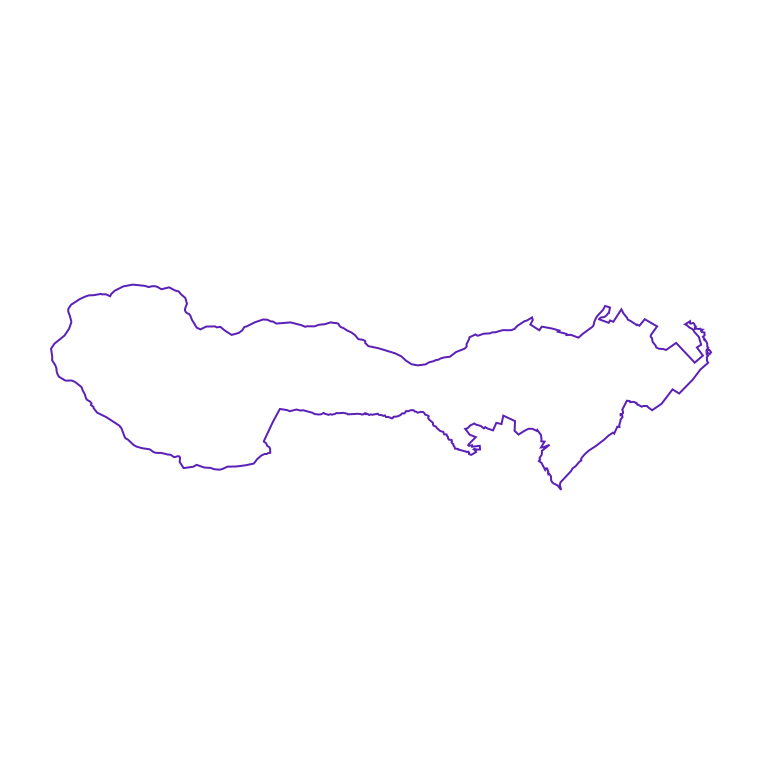 Rusii-Munti, Mures, Romania, rotated 175°
{"feature_id": "2599482B16309524986841", "entity_name": "Rusii-Munti", "entity_type": "district", "adm_level": 2, "iso_a3": "ROU", "parent_name": "Romania", "parent_adm1": "Mures", "projection": "robinson", "projection_center": [24.869, 46.914], "detail": "fine", "context": "isolated", "style": "outline", "palette": "violet", "viewbox_px": 768, "rotation_deg": 175, "n_neighbors": 0, "source": "geoboundaries", "source_scale": "gbopen_adm2", "svg_char_len": 6109}
<svg xmlns="http://www.w3.org/2000/svg" viewBox="0 0 768 768"><g transform="rotate(175 384 384)"><path d="M691.7,486.7L692.1,485.5L692.2,483.4L691.1,479.7L690.1,474.2L690.2,472.4L693.0,466.4L697.9,460.2L708.8,452.9L712.6,448.2L712.1,439.5L712.6,436.7L709.8,431.3L709.0,428.2L709.0,425.0L708.5,422.6L707.3,419.7L701.8,415.6L700.3,415.0L695.5,414.8L693.7,414.2L691.4,412.8L686.4,408.1L685.5,407.0L684.8,404.1L682.9,399.7L682.1,395.7L681.2,394.1L678.4,392.2L677.0,390.1L677.7,388.5L675.5,386.6L675.3,385.1L672.2,380.4L663.7,375.3L651.3,365.6L649.4,362.7L646.8,353.3L645.8,352.1L644.1,351.1L638.7,345.0L636.1,343.3L630.8,341.2L623.0,339.3L619.6,336.3L617.9,335.6L616.1,335.1L611.9,334.8L605.6,332.6L602.7,332.1L599.7,329.6L598.8,329.4L596.0,330.0L594.3,329.8L593.6,328.4L594.3,324.1L591.0,317.7L581.2,318.2L577.7,319.8L570.5,316.5L563.8,315.5L561.0,314.0L555.6,313.0L552.7,313.3L547.2,315.3L538.1,314.7L528.9,315.1L520.6,316.1L517.1,320.0L512.4,323.5L508.9,324.7L506.9,324.5L505.8,325.2L503.3,325.4L503.1,329.4L503.7,331.0L505.7,332.5L506.6,335.3L508.7,337.1L508.7,337.5L497.9,356.1L489.9,368.2L482.9,366.5L480.3,365.1L473.5,366.2L469.3,364.8L466.8,364.9L457.6,361.5L456.0,360.2L451.7,359.3L449.3,359.3L446.6,360.5L445.9,359.7L441.9,358.1L440.0,358.6L438.5,358.0L435.4,358.5L433.7,359.3L432.6,358.9L427.0,358.8L423.2,357.6L422.6,356.9L412.6,356.6L409.8,356.1L408.9,355.5L407.2,355.6L405.6,356.6L404.9,356.4L405.3,356.0L405.2,355.6L403.0,355.5L401.5,354.4L400.1,354.9L398.2,354.4L392.8,354.9L392.1,353.9L388.8,353.1L387.6,352.3L386.0,352.7L384.9,350.9L382.7,350.9L379.1,349.0L378.2,349.4L377.4,350.5L373.5,350.5L370.5,351.5L368.5,353.1L366.2,352.9L364.2,355.2L362.4,354.7L360.0,355.5L357.5,355.5L356.3,354.8L355.9,354.0L354.4,353.6L353.0,352.5L349.8,353.0L347.6,352.7L346.2,351.4L345.9,350.1L342.5,348.4L342.3,347.8L343.0,346.2L342.0,344.4L338.7,341.2L338.7,339.2L338.2,338.1L335.9,337.0L335.1,335.4L332.1,332.3L329.1,331.1L328.5,328.7L326.0,328.2L325.9,326.9L324.9,325.7L324.9,324.2L324.2,322.9L321.6,322.4L321.3,321.1L321.8,320.2L321.1,318.7L320.1,318.0L320.1,316.3L319.3,315.5L318.9,313.4L316.5,313.0L315.8,312.7L315.9,312.3L307.8,309.4L307.6,309.0L305.7,309.2L305.3,308.2L305.5,306.9L303.3,305.8L298.2,308.2L299.0,309.7L298.6,309.9L300.3,311.1L299.8,311.5L297.2,310.6L294.0,310.4L294.0,314.1L301.7,313.8L301.6,315.3L304.7,315.0L305.4,315.6L305.1,316.4L297.2,323.1L303.0,326.0L307.0,332.2L304.7,332.6L301.5,335.3L297.4,336.8L295.9,335.5L291.3,333.8L288.3,331.1L286.9,332.2L284.3,330.4L279.4,328.3L275.5,335.5L270.4,333.9L267.9,342.1L256.7,335.6L258.0,326.0L254.4,321.9L248.2,325.1L244.0,326.8L240.0,326.4L235.8,323.9L235.3,324.8L232.1,319.6L231.9,315.8L232.3,313.2L229.1,312.6L233.1,307.1L230.1,307.2L224.4,309.0L232.5,303.7L232.8,300.6L233.4,299.3L235.2,297.2L235.5,296.3L235.1,295.1L236.4,293.8L234.0,291.7L230.9,284.3L229.9,285.8L228.9,285.7L227.9,282.1L228.4,281.7L228.1,279.6L227.1,279.9L225.7,277.5L225.9,273.6L225.2,271.8L223.8,270.2L220.0,267.9L216.8,263.1L217.6,268.2L216.8,270.6L205.3,280.9L203.6,283.4L200.3,285.4L196.3,289.4L194.1,290.6L194.3,291.7L193.7,293.0L190.2,296.5L185.6,299.9L178.5,303.7L169.8,309.2L164.7,313.1L160.1,315.6L159.0,314.5L155.3,321.1L153.2,320.7L153.2,322.6L151.6,326.8L151.6,327.7L149.3,330.2L149.5,332.2L151.0,332.2L150.9,333.5L149.6,333.4L148.4,334.3L148.3,335.6L148.9,337.5L143.5,346.2L140.7,345.6L140.3,344.4L137.2,344.5L135.8,344.0L134.8,343.1L134.1,343.2L133.4,341.3L132.6,341.2L129.2,338.9L127.6,339.5L123.8,339.1L122.9,337.8L119.2,334.5L109.2,340.1L97.0,353.5L90.8,348.8L76.1,361.4L67.5,370.9L59.3,376.9L60.2,379.1L60.0,382.6L58.6,384.0L59.9,385.2L59.9,386.8L59.0,386.9L56.8,385.5L55.4,387.1L56.9,389.6L57.9,389.6L59.1,388.7L59.9,388.9L59.7,389.8L58.3,391.1L57.8,392.0L58.7,392.9L58.5,395.8L59.3,398.5L61.1,400.0L61.2,400.3L60.5,400.6L62.2,403.2L60.4,404.5L60.3,407.4L62.8,408.0L63.6,409.1L62.0,410.3L63.2,410.5L64.0,411.5L65.9,411.3L67.6,412.0L69.6,411.7L69.3,413.2L68.4,414.0L69.5,415.7L69.7,416.9L70.5,417.8L73.6,417.5L73.9,418.3L73.7,419.8L78.8,417.2L77.5,416.5L74.8,413.6L72.2,412.0L71.0,410.5L70.4,409.0L66.3,403.6L64.6,395.5L69.1,393.1L63.8,384.5L72.6,378.2L89.4,399.5L100.0,393.3L102.5,394.4L107.1,395.2L109.6,396.7L110.1,398.6L112.6,402.4L113.0,404.4L112.9,405.9L114.2,407.9L114.0,409.2L113.3,410.2L106.9,417.6L118.6,425.8L124.5,419.8L126.7,421.1L127.1,420.7L132.6,425.1L135.5,426.9L136.1,428.8L139.3,433.5L141.0,437.7L150.1,426.0L153.3,427.6L154.8,425.4L164.1,429.7L163.6,430.5L161.9,431.4L159.3,431.4L157.9,431.9L156.1,433.2L154.6,434.9L153.8,435.1L152.2,440.5L156.9,442.5L159.4,438.7L165.7,433.1L167.6,430.4L169.1,427.5L170.0,424.5L171.1,423.0L181.4,416.8L186.2,413.2L193.6,416.7L198.0,416.8L197.8,418.0L206.2,420.9L204.8,422.0L211.7,424.6L221.8,427.4L224.6,424.0L233.0,430.5L230.2,434.7L230.7,437.4L236.3,434.7L238.4,434.4L246.1,430.3L249.2,427.5L252.7,426.5L261.0,427.3L268.8,425.8L271.9,426.0L274.0,425.2L280.4,425.4L286.3,423.9L287.6,424.5L288.4,425.4L294.8,423.1L295.4,421.1L298.3,416.5L298.3,414.4L299.3,413.1L300.9,412.1L309.4,409.6L316.0,405.4L321.9,405.2L325.4,404.5L327.6,403.5L330.5,403.3L332.1,402.5L337.2,401.7L341.0,399.9L348.8,399.6L354.8,401.3L360.0,405.3L364.5,410.2L370.5,413.7L386.4,420.1L396.3,423.1L399.2,426.6L398.9,427.9L399.2,428.7L401.3,429.9L405.6,430.9L408.7,435.3L412.0,438.2L416.2,440.6L419.3,443.1L422.1,444.5L423.3,445.8L424.2,448.0L426.0,448.8L429.8,449.4L431.4,450.1L438.0,448.7L443.4,448.7L448.3,447.5L455.4,448.2L457.6,447.9L460.9,449.7L471.7,453.5L486.0,453.6L489.4,456.0L491.2,456.2L494.7,458.2L498.9,458.8L507.4,456.7L515.9,453.3L518.1,453.0L520.7,449.7L524.3,447.5L531.5,446.2L538.0,451.2L542.0,455.2L545.8,455.0L547.2,456.1L556.1,456.7L562.1,454.4L565.7,456.5L569.8,464.9L571.0,469.1L571.9,470.5L574.5,472.1L575.3,473.2L575.8,474.6L575.7,476.2L573.3,481.2L574.4,487.0L578.5,491.2L580.5,494.1L583.9,495.3L589.6,499.0L597.5,497.8L601.1,500.4L603.6,501.4L606.6,501.6L609.9,501.1L614.0,502.7L625.7,504.9L635.4,503.9L644.3,500.3L647.9,497.4L649.2,495.3L653.2,497.6L657.3,497.9L658.2,498.4L665.4,497.8L670.2,498.0L673.8,497.2L679.7,495.1L688.7,490.3L691.7,486.7Z" fill="none" stroke="#5b21b6" stroke-width="2"/></g></svg>